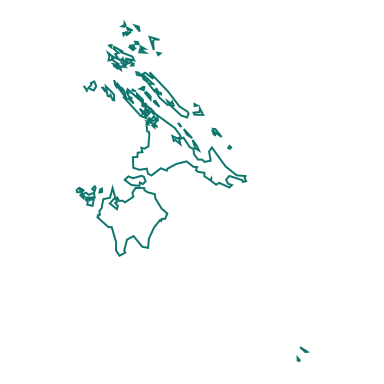 Lingga, Kepulauan Riau, Indonesia
{"feature_id": "22746128B41866695352092", "entity_name": "Lingga", "entity_type": "district", "adm_level": 2, "iso_a3": "IDN", "parent_name": "Indonesia", "parent_adm1": "Kepulauan Riau", "projection": "orthographic", "projection_center": [104.45, -0.394], "detail": "fine", "context": "isolated", "style": "outline", "palette": "teal", "viewbox_px": 384, "rotation_deg": 0, "n_neighbors": 0, "source": "geoboundaries", "source_scale": "gbopen_adm2", "svg_char_len": 5928}
<svg xmlns="http://www.w3.org/2000/svg" viewBox="0 0 384 384"><path d="M174.8,128.0L156.9,115.0L158.0,120.3L154.3,123.3L155.6,125.3L156.6,126.0L156.7,126.5L153.8,125.4L154.2,127.2L152.3,125.6L154.4,124.0L146.9,121.6L148.1,123.1L148.5,124.3L146.5,123.6L147.1,131.3L149.0,132.0L149.3,134.5L148.4,146.4L144.5,148.6L141.4,147.9L142.4,152.1L137.7,152.7L137.3,157.0L132.9,157.2L133.3,167.8L139.6,169.8L146.8,168.7L148.1,173.8L151.5,175.5L160.8,168.3L166.8,170.6L167.5,168.7L176.4,163.9L186.6,161.4L193.6,166.9L197.1,167.1L195.9,170.2L197.9,171.8L204.4,172.8L204.3,176.1L210.2,180.2L211.2,178.6L211.2,181.0L216.1,184.7L219.3,182.9L229.4,187.5L231.9,185.1L228.0,183.7L226.1,179.7L229.3,175.9L242.3,180.2L242.9,182.0L246.1,181.1L244.6,178.4L245.5,176.1L236.7,175.3L225.5,166.4L211.9,147.5L209.1,151.6L210.6,160.7L204.5,161.9L202.1,159.6L198.0,159.6L194.0,154.1L193.4,148.8L189.9,147.3L183.5,137.7L179.1,139.3L180.4,144.2L175.0,139.8L173.7,140.8L172.5,136.1L177.3,138.4L180.7,137.0L180.2,135.4L174.8,128.0ZM144.3,188.1L135.5,188.0L132.4,192.8L133.4,196.7L125.0,202.4L122.6,200.6L119.3,201.0L117.1,197.5L115.8,198.9L117.1,202.0L115.2,203.0L117.9,205.9L116.9,209.1L109.8,203.4L115.2,197.6L112.6,188.0L110.0,197.7L103.3,199.2L101.6,208.1L99.4,211.2L99.8,214.8L97.9,215.2L98.4,217.2L96.8,216.7L108.5,227.1L111.7,227.1L116.1,242.3L116.0,250.4L119.5,255.7L125.3,252.6L124.2,250.4L127.0,239.7L133.6,236.1L142.2,246.7L148.1,247.9L148.9,238.6L154.1,227.4L160.1,220.0L161.2,220.9L161.9,218.9L165.2,218.8L167.3,213.5L161.6,208.6L155.3,198.3L154.9,194.2L147.7,192.3L144.5,190.3L144.3,188.1ZM167.9,91.3L149.7,72.3L153.1,78.9L145.3,72.7L142.5,74.1L153.0,83.9L148.4,83.4L154.4,91.2L155.6,92.2L154.7,90.1L157.0,90.6L156.1,87.9L158.4,92.3L161.0,93.0L160.9,94.3L156.3,92.2L159.5,97.7L167.6,104.9L170.6,105.1L167.9,102.0L167.5,101.1L171.1,103.8L172.1,101.7L173.8,105.6L171.2,106.2L181.1,115.4L187.0,117.5L188.6,113.6L187.4,111.6L179.5,106.5L167.9,91.3ZM142.1,102.1L127.6,89.3L126.9,91.4L128.3,92.8L127.0,92.9L129.1,96.9L132.3,98.1L130.0,98.2L133.8,103.5L128.6,98.7L126.1,98.9L123.1,96.6L140.7,115.9L146.2,118.2L144.1,113.3L142.4,114.3L142.7,112.6L139.6,108.8L144.6,112.2L145.8,107.0L142.4,106.0L142.1,102.1ZM114.1,46.9L113.4,48.6L118.5,53.0L115.2,54.2L118.5,59.2L121.6,59.9L122.7,58.3L124.1,62.5L125.5,60.0L126.1,64.3L127.2,62.3L127.6,63.6L131.6,62.1L129.6,60.1L129.1,60.5L126.8,59.3L127.0,58.8L134.2,60.4L132.3,56.5L121.4,52.4L120.5,51.5L121.8,51.0L114.1,46.9ZM141.6,175.8L133.0,178.2L128.4,176.4L124.7,179.9L131.4,185.0L139.4,185.9L139.9,182.5L142.8,184.1L145.6,181.4L143.9,176.8L141.6,175.8ZM121.3,60.7L112.8,56.5L113.4,60.7L118.6,64.1L118.6,66.1L124.9,67.0L122.6,65.1L124.8,66.1L125.5,65.5L121.6,63.1L121.3,60.7ZM114.0,94.8L111.5,91.8L105.9,86.4L107.6,95.8L109.4,96.4L110.4,94.8L112.7,100.0L114.2,100.3L114.0,94.8ZM86.0,192.7L82.5,194.3L85.2,197.7L94.7,197.4L93.9,192.9L88.7,194.8L86.0,192.7ZM94.3,81.5L90.8,83.2L91.5,84.6L88.2,88.2L93.9,90.4L96.2,86.2L94.3,81.5ZM90.7,198.6L85.9,199.9L87.7,201.7L87.3,204.7L92.6,205.8L93.8,198.7L89.8,200.2L90.7,198.6ZM159.5,39.8L149.6,36.9L153.8,49.9L153.0,41.1L154.8,39.2L159.5,39.8ZM122.2,89.9L117.5,83.8L116.8,85.5L126.4,98.6L123.7,90.1L122.4,88.6L122.2,89.9ZM203.2,114.9L199.9,108.5L199.6,112.0L193.5,112.7L194.5,114.7L203.2,114.9ZM215.4,129.1L213.0,128.8L213.8,131.5L221.6,136.9L215.4,129.1ZM83.6,190.3L79.3,187.8L76.7,189.9L77.1,192.2L81.0,192.2L80.1,190.0L82.7,191.4L83.6,190.3ZM112.4,56.3L108.1,53.0L109.4,56.1L108.5,60.5L111.8,59.8L112.4,56.3ZM199.0,150.5L196.8,145.7L192.6,139.9L195.3,148.4L199.0,150.5ZM143.0,102.1L142.9,99.8L136.9,93.8L136.6,96.1L143.0,102.1ZM150.7,96.6L146.3,92.0L145.1,93.0L150.5,99.5L150.7,96.6ZM153.9,116.3L151.6,119.2L149.9,118.4L151.5,121.2L156.2,119.7L153.9,116.3ZM192.2,138.1L183.9,129.1L186.9,134.6L192.2,138.1ZM145.4,52.7L140.1,49.2L139.3,52.3L145.4,52.7ZM150.5,111.9L146.7,112.4L145.6,114.8L146.9,115.9L150.5,111.9ZM94.7,186.3L92.2,188.9L94.6,191.2L95.7,187.7L94.7,186.3ZM307.3,351.8L300.1,347.2L305.5,352.1L307.3,351.8ZM136.3,72.2L136.9,74.8L142.1,76.1L138.3,72.5L136.3,72.2ZM133.7,45.2L130.1,45.6L129.5,47.2L134.3,47.5L133.7,45.2ZM159.4,106.8L155.5,100.9L154.2,101.0L154.0,102.1L159.4,106.8ZM101.9,188.6L100.1,189.5L99.5,192.5L102.1,191.9L101.9,188.6ZM132.7,30.5L127.0,27.7L127.8,29.8L132.7,30.5ZM135.0,41.7L135.8,44.1L138.7,44.2L137.7,42.0L135.0,41.7ZM152.8,110.6L151.5,111.3L153.1,113.6L155.9,114.6L152.8,110.6ZM148.1,82.2L142.6,77.0L143.7,79.3L148.1,82.2ZM147.3,106.7L145.8,103.8L143.6,103.4L143.8,104.5L147.3,106.7ZM81.5,193.9L80.4,195.2L83.2,198.0L83.7,196.0L81.5,195.6L81.5,193.9ZM126.7,35.1L131.0,31.9L125.6,33.5L126.7,35.1ZM105.7,92.1L103.4,87.6L102.4,87.8L105.7,92.1ZM117.2,64.8L113.7,64.2L116.4,66.5L117.2,64.8ZM215.1,135.0L215.3,132.9L212.7,131.4L213.6,134.3L215.1,135.0ZM138.7,26.7L134.9,25.5L139.7,31.5L138.7,26.7ZM125.8,32.4L123.1,33.1L123.6,35.2L125.8,32.4ZM149.3,109.2L152.1,109.6L148.9,107.4L149.3,109.2ZM144.8,48.8L139.9,46.0L142.6,48.8L144.8,48.8ZM148.8,111.1L146.1,108.7L146.0,110.5L148.8,111.1ZM160.4,53.4L157.3,52.8L158.3,55.1L160.4,53.4ZM197.4,105.5L194.5,104.0L194.6,106.1L197.4,105.5ZM116.1,66.7L113.1,65.4L117.3,68.3L117.2,66.7L116.1,66.7ZM132.3,90.3L135.8,91.5L132.6,89.6L132.3,90.3ZM124.5,23.0L124.4,25.0L121.9,26.3L124.1,26.8L125.6,25.0L124.5,23.0ZM229.5,145.9L228.2,148.0L230.3,148.7L231.1,147.3L229.5,145.9ZM111.7,45.2L110.5,45.0L109.1,45.5L111.0,47.4L111.7,45.2ZM133.7,63.9L132.1,64.0L131.1,65.5L133.5,65.5L133.7,63.9ZM114.1,80.1L115.2,84.9L116.1,86.3L116.1,84.6L114.1,80.1ZM134.6,48.7L131.1,48.5L132.9,50.1L134.6,48.7ZM87.1,90.5L83.8,85.8L86.9,90.8L87.1,90.5ZM297.6,357.8L297.7,360.6L299.2,361.0L299.7,360.2L297.6,357.8ZM144.3,87.0L142.7,87.0L142.0,88.0L143.9,89.3L144.3,87.0ZM142.5,89.8L141.6,88.1L139.9,88.9L142.5,89.8ZM120.6,68.1L117.7,67.1L120.9,69.7L120.6,68.1ZM181.5,126.8L179.1,123.6L178.6,123.7L180.1,126.1L181.5,126.8ZM148.6,119.5L147.7,121.0L148.8,121.9L149.6,121.0L148.6,119.5Z" fill="none" stroke="#0f766e" stroke-width="2"/></svg>